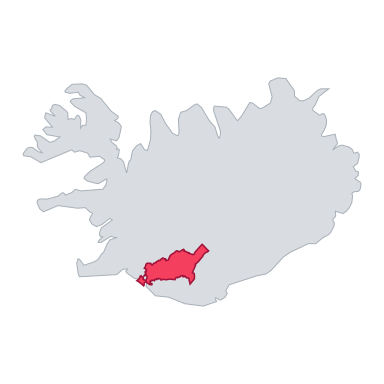 Rangárþing ytra, Suðurland, Iceland shown in context
{"feature_id": "244011B57462919825437", "entity_name": "Rangárþing ytra", "entity_type": "district", "adm_level": 2, "iso_a3": "ISL", "parent_name": "Iceland", "parent_adm1": "Suðurland", "projection": "mercator", "projection_center": [-19.711, 63.992], "detail": "fine", "context": "in_parent", "style": "filled", "palette": "rose", "viewbox_px": 384, "rotation_deg": 0, "n_neighbors": 0, "source": "geoboundaries", "source_scale": "gbopen_adm2", "svg_char_len": 8450}
<svg xmlns="http://www.w3.org/2000/svg" viewBox="0 0 384 384"><path d="M299.5,100.6L303.1,100.9L308.9,98.3L317.3,90.5L320.8,88.8L328.9,88.8L319.1,96.3L315.4,104.5L312.7,108.5L312.7,110.3L319.6,115.2L322.9,113.6L324.4,114.2L325.7,116.6L326.6,121.1L326.0,125.9L324.0,130.7L321.3,134.7L321.7,136.0L323.8,136.6L335.2,134.2L336.4,140.0L337.4,142.0L337.1,143.9L332.6,150.1L337.9,146.2L342.1,145.1L349.3,147.1L352.2,149.4L353.9,153.3L357.5,152.1L359.1,154.3L359.2,156.7L357.6,163.3L353.3,166.6L355.9,171.3L358.0,171.4L358.4,172.5L358.2,175.3L354.9,178.6L360.3,182.2L361.0,183.6L360.6,187.8L359.7,190.1L358.1,191.5L354.2,191.7L351.8,193.3L352.6,195.8L351.8,202.8L348.8,208.5L345.9,211.6L343.1,213.5L335.4,211.3L335.7,216.2L332.9,219.3L333.4,221.8L334.4,223.0L333.9,226.3L330.4,232.9L327.9,235.1L322.9,237.7L315.7,243.7L308.4,243.6L290.6,252.1L283.5,256.8L270.9,270.6L265.6,274.1L256.5,275.9L229.2,284.8L226.1,290.2L226.0,291.3L227.2,293.4L225.1,297.2L221.0,299.9L219.1,299.9L215.7,297.6L215.2,298.7L216.6,301.5L203.3,306.1L184.8,303.7L168.4,297.1L155.4,295.8L146.3,286.6L146.1,285.2L147.0,282.4L150.3,281.2L148.8,278.4L143.2,283.3L141.4,283.1L139.1,281.1L139.0,279.2L134.4,278.5L126.4,272.6L125.8,271.2L127.7,269.3L127.3,268.9L123.0,269.2L116.7,274.6L79.5,276.8L78.2,273.9L76.7,263.3L78.0,258.8L79.5,259.2L83.9,265.3L93.9,261.9L97.9,259.6L101.7,253.8L103.8,251.9L106.9,244.4L109.9,239.9L116.3,237.7L110.6,236.4L101.2,242.4L98.0,242.4L99.5,239.7L102.7,236.8L100.5,236.6L99.6,235.3L99.6,232.5L101.2,228.0L112.3,219.9L109.7,218.4L102.0,224.5L96.4,226.7L91.8,223.9L89.6,220.1L89.8,218.4L92.4,213.6L92.0,212.6L90.2,212.2L85.2,207.7L77.4,208.2L58.0,205.6L43.4,211.8L39.8,208.9L37.0,202.7L37.5,200.3L40.1,198.9L47.3,199.1L57.8,196.2L62.6,192.6L64.4,193.5L65.3,195.2L71.8,192.5L75.3,189.3L81.1,190.9L103.0,189.2L105.8,185.0L107.0,180.0L106.5,179.0L98.4,183.6L96.6,183.5L87.3,181.0L83.9,178.3L85.0,176.1L90.0,171.3L102.5,163.3L104.3,161.6L104.5,159.7L99.5,156.3L90.0,157.2L87.6,153.1L79.7,150.7L74.5,152.2L71.7,149.8L40.9,162.7L30.8,156.7L23.7,155.8L23.0,153.9L27.2,148.2L30.1,147.2L32.9,147.7L38.4,151.7L42.2,152.9L37.5,147.1L37.2,141.5L35.8,140.0L34.3,136.3L34.9,135.0L40.6,135.9L49.7,142.3L54.1,141.2L59.9,137.0L46.9,134.7L42.9,129.5L45.8,126.9L52.5,127.2L45.0,118.3L44.7,116.8L45.9,112.8L55.3,116.3L50.3,111.0L50.2,109.8L51.6,108.8L52.4,105.5L54.7,104.3L59.4,105.4L66.8,111.5L67.8,113.2L68.1,119.5L71.0,118.5L74.4,119.4L77.3,115.1L79.2,116.1L80.8,119.9L80.6,128.2L82.6,125.3L86.0,125.1L86.5,118.2L85.9,112.8L74.7,106.4L70.3,101.8L70.8,100.3L73.0,98.9L84.7,97.7L79.7,95.0L78.4,92.2L69.6,93.3L65.1,92.1L65.0,90.7L66.8,88.6L72.1,84.3L82.4,83.9L86.5,85.1L94.4,94.6L100.7,98.4L111.3,111.3L118.0,116.1L118.3,117.4L117.2,118.9L114.6,120.6L118.6,122.8L121.1,126.0L121.2,127.5L119.0,137.6L116.5,140.9L110.2,139.0L111.7,142.2L116.2,145.7L117.2,147.6L116.5,149.4L118.7,148.9L119.3,149.9L118.4,155.7L117.2,157.7L120.9,158.9L123.5,161.7L126.6,173.1L128.3,164.3L129.2,161.1L130.7,159.9L132.5,150.9L136.7,145.6L140.6,143.6L144.6,149.8L147.5,150.5L150.5,139.4L150.9,131.2L150.0,122.1L150.5,115.6L152.5,111.7L155.2,110.5L160.8,114.3L165.5,123.4L172.5,133.2L177.4,135.7L178.2,135.3L179.1,132.2L178.4,119.2L180.7,112.3L186.5,110.6L195.3,104.3L197.3,104.0L201.6,107.7L209.4,120.8L214.9,126.8L217.8,136.4L219.1,138.2L220.3,135.2L220.4,131.0L213.7,111.0L213.6,108.3L214.3,106.1L226.4,107.2L229.1,109.4L237.4,120.8L241.5,116.2L249.7,102.6L252.5,103.0L259.5,108.5L262.2,108.1L270.4,103.1L272.1,96.8L268.7,83.8L270.1,81.1L277.7,77.9L285.8,78.5L294.3,90.6L294.6,96.2L299.5,100.6Z" fill="#d9dde1" stroke="#a8b0b8" stroke-width="1"/><path d="M208.6,250.7L208.0,250.3L207.0,249.4L204.8,246.9L202.1,244.3L199.7,246.9L195.0,252.2L194.2,254.3L193.7,254.5L193.3,254.3L192.9,254.2L192.6,254.3L192.6,254.5L192.2,254.4L191.6,254.3L189.7,253.5L189.0,253.3L188.7,253.4L188.4,253.3L188.3,253.2L188.4,252.9L188.7,252.7L188.4,252.6L188.2,252.4L187.3,252.3L187.1,252.2L185.7,251.3L185.2,251.5L185.0,251.4L184.6,251.4L184.3,251.2L184.6,251.0L184.6,250.9L184.4,250.6L184.4,250.4L184.0,250.3L184.0,250.1L183.8,250.0L184.0,249.9L183.8,249.4L183.5,249.3L183.4,249.3L183.1,249.6L182.4,249.8L181.4,250.5L181.2,250.7L180.9,250.8L180.6,251.1L180.1,251.4L179.3,251.7L178.5,251.7L178.5,251.4L178.3,251.4L177.8,251.0L177.4,250.9L176.7,250.8L176.2,250.9L175.8,251.5L175.4,251.8L175.2,251.9L174.4,252.6L174.1,252.8L173.5,253.3L172.4,253.8L170.9,254.9L170.6,255.1L170.2,255.9L169.8,256.2L169.8,256.3L169.7,256.9L169.4,257.2L168.9,258.2L168.7,258.8L168.7,259.1L168.7,259.5L168.5,259.8L168.2,260.0L167.9,260.2L167.6,260.2L167.0,260.4L166.7,260.3L166.4,260.6L165.7,260.6L165.5,260.4L165.6,260.1L165.6,259.9L165.6,259.7L165.9,259.4L165.8,259.1L165.7,259.1L165.6,258.9L165.4,258.8L164.9,258.7L164.2,258.8L163.6,258.5L163.6,258.4L163.3,258.1L162.9,258.0L162.5,258.1L162.3,258.4L162.0,258.6L161.4,258.8L160.9,259.4L160.7,259.6L160.5,259.8L160.1,260.4L159.9,260.5L159.6,260.6L159.0,260.2L158.9,260.2L158.7,260.5L158.2,260.8L157.6,261.0L157.2,261.5L156.9,261.5L156.6,261.7L156.3,261.9L156.3,262.2L156.2,262.3L155.8,262.2L155.6,262.3L155.1,262.9L154.8,263.2L154.6,263.3L153.8,263.2L153.6,263.3L153.4,263.5L153.2,263.8L152.9,264.6L152.0,265.0L151.9,264.9L151.6,264.7L151.5,264.4L151.1,263.9L150.6,263.7L150.6,263.3L150.0,263.3L149.4,263.4L149.1,263.3L148.9,263.2L147.3,263.2L146.7,263.5L146.2,264.0L146.0,264.4L145.7,265.2L145.5,266.3L145.3,266.7L144.9,267.4L144.3,268.2L145.7,268.8L145.7,269.8L146.5,270.0L146.2,271.3L146.1,271.5L145.9,271.5L145.4,271.9L145.1,271.9L145.1,272.5L145.4,272.7L145.7,272.7L145.7,272.8L145.6,273.1L145.6,273.3L145.5,273.7L145.6,273.9L145.4,273.9L145.4,274.1L145.3,274.3L145.2,274.4L145.2,274.5L144.1,275.4L144.1,276.0L145.9,275.2L146.7,275.8L147.2,277.0L146.1,280.4L146.1,280.5L143.1,279.4L143.2,279.1L143.2,278.9L143.4,278.2L143.2,277.9L143.2,277.6L143.1,277.4L143.1,277.2L142.9,277.0L142.7,277.1L141.7,276.7L141.2,275.8L140.9,276.0L140.7,276.3L140.4,276.2L140.3,276.3L140.2,276.2L140.1,276.4L140.0,277.0L139.8,277.4L139.3,278.2L139.0,278.7L138.9,278.9L138.5,279.2L138.1,279.7L136.9,280.7L137.4,280.9L138.8,281.9L140.7,283.3L143.7,285.9L143.9,285.5L144.1,284.9L144.2,284.5L144.1,283.8L144.2,283.4L144.3,283.1L144.5,282.7L145.5,281.9L149.8,284.6L151.8,284.8L152.1,284.0L151.8,283.9L151.6,283.6L151.2,283.6L150.5,283.0L150.3,283.0L149.9,282.0L150.0,281.9L150.0,281.7L150.2,281.8L150.4,281.8L150.4,281.7L150.7,281.5L150.8,281.4L151.0,280.8L150.8,280.8L150.8,280.7L151.0,280.6L151.3,280.4L151.4,280.5L151.6,280.6L152.0,280.2L152.3,280.2L152.4,280.5L152.5,280.6L152.8,280.4L153.0,280.3L153.5,280.4L153.7,280.2L154.0,280.3L154.2,280.5L154.3,280.6L154.4,280.4L154.4,280.0L154.5,279.9L154.6,280.1L154.8,280.1L154.9,279.9L154.9,279.7L155.2,279.7L155.4,279.5L155.6,279.5L156.0,279.5L156.0,279.2L156.3,279.1L156.2,279.3L156.3,279.3L156.4,279.5L156.5,279.5L156.5,279.0L156.5,278.9L156.6,278.7L157.0,278.8L157.2,278.6L157.3,278.7L157.5,278.9L158.0,278.8L158.2,279.0L158.3,278.9L158.4,278.7L158.8,278.6L159.1,278.6L159.1,278.8L159.4,278.7L159.9,278.7L160.0,278.8L160.5,279.0L160.8,279.3L160.8,279.6L160.8,279.8L161.1,279.7L161.8,279.9L162.4,279.8L162.5,279.7L162.9,279.5L163.4,279.3L166.1,279.8L169.6,279.1L175.0,279.7L175.7,278.1L175.8,278.0L176.2,277.7L176.5,277.4L177.0,277.4L177.2,277.5L177.4,277.5L177.5,277.6L177.6,277.4L177.9,277.3L178.3,277.4L178.5,277.2L179.2,277.2L180.0,276.5L180.2,276.4L180.3,276.5L180.5,276.5L180.5,276.4L180.4,276.4L180.6,276.1L180.7,275.9L181.0,275.8L181.8,275.5L182.0,275.6L182.3,275.5L182.7,275.6L182.6,276.0L182.7,276.3L182.7,276.6L182.9,276.8L183.2,276.8L183.3,276.6L183.6,276.4L183.8,276.4L184.1,276.2L184.2,276.3L184.5,276.3L185.0,276.3L185.0,276.2L185.5,276.3L185.5,276.5L185.3,276.7L185.2,276.8L185.4,276.9L185.4,277.0L185.6,277.0L186.3,277.4L186.5,277.6L186.8,277.8L187.1,278.1L187.5,277.9L187.9,277.8L188.1,277.8L188.7,278.2L189.1,278.7L189.0,279.8L190.1,284.1L192.7,281.0L194.4,278.8L194.5,276.0L194.2,273.4L192.4,272.8L192.6,272.3L193.8,269.3L194.2,268.5L195.1,266.2L195.1,265.9L195.3,265.6L195.5,265.6L195.5,265.4L195.4,265.2L195.5,265.0L195.6,264.8L195.6,264.7L195.5,264.4L195.3,264.2L195.6,263.9L197.1,262.8L198.0,262.1L198.3,261.6L198.7,261.3L198.9,261.0L199.3,260.2L199.7,260.0L200.0,259.8L200.0,259.7L200.2,259.3L200.3,259.1L200.6,258.9L200.7,258.7L201.9,257.3L202.5,256.8L202.6,256.6L202.7,256.2L202.8,255.9L203.5,254.7L205.0,253.2L205.7,252.6L206.1,252.3L206.8,252.2L207.8,251.7L208.3,251.2L208.6,250.7Z" fill="#f43f5e" stroke="#9f1239" stroke-width="1.5"/></svg>